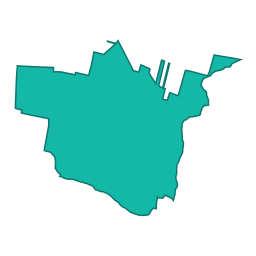 outline of Ciénega de Zimatlán, Oaxaca, Mexico
{"feature_id": "50627088B24953100637846", "entity_name": "Ciénega de Zimatlán", "entity_type": "district", "adm_level": 2, "iso_a3": "MEX", "parent_name": "Mexico", "parent_adm1": "Oaxaca", "projection": "orthographic", "projection_center": [-96.761, 16.893], "detail": "fine", "context": "isolated", "style": "filled", "palette": "teal", "viewbox_px": 256, "rotation_deg": 0, "n_neighbors": 0, "source": "geoboundaries", "source_scale": "gbopen_adm2", "svg_char_len": 3497}
<svg xmlns="http://www.w3.org/2000/svg" viewBox="0 0 256 256"><path d="M118.0,40.6L115.8,43.4L107.5,41.1L107.4,41.5L115.6,43.8L104.1,54.1L104.0,54.6L97.0,52.7L96.7,52.7L93.9,52.0L93.2,55.8L91.6,64.2L88.6,75.5L75.6,72.5L75.2,74.8L60.9,71.9L53.4,71.7L53.5,67.9L53.5,67.5L40.1,67.0L17.3,65.9L17.4,66.2L17.3,67.0L16.8,72.6L16.6,76.7L16.5,77.0L16.4,79.8L16.4,80.4L16.2,84.5L15.8,97.0L15.7,99.0L15.6,99.4L15.4,108.2L15.4,108.3L16.7,108.7L21.0,109.8L21.7,109.7L21.8,110.3L21.3,113.0L21.6,113.1L23.2,113.4L24.9,113.8L26.0,114.0L27.0,114.2L27.7,114.4L28.4,114.5L29.0,114.7L29.8,114.8L30.6,115.0L31.2,115.1L31.9,115.3L36.0,116.1L48.6,118.7L48.6,119.0L48.8,125.1L46.9,135.6L44.2,150.3L45.4,151.0L50.6,152.2L54.9,157.1L55.6,162.4L55.2,168.1L58.1,172.6L60.8,174.8L59.7,176.4L61.1,176.6L62.3,177.1L63.5,177.9L65.9,178.8L67.5,179.0L69.4,179.1L71.5,179.1L73.8,179.5L75.3,180.1L77.8,181.0L80.9,182.0L82.8,182.3L84.5,183.0L87.1,183.5L88.9,184.6L91.6,185.4L92.7,186.1L93.5,187.1L94.1,187.8L94.5,188.4L95.0,189.3L95.6,189.9L97.7,190.2L98.4,190.7L99.3,190.9L100.3,191.6L101.6,191.5L103.5,191.9L107.7,193.7L111.0,196.1L113.1,198.3L115.5,200.7L116.9,201.3L118.2,202.3L119.1,203.2L120.1,204.8L122.3,206.7L123.7,207.4L125.7,208.4L127.8,210.0L130.7,212.4L138.6,215.1L143.2,215.4L145.5,215.2L148.3,214.8L149.3,214.0L150.2,212.2L151.5,210.1L152.6,208.8L153.8,208.3L154.9,208.3L156.2,208.8L156.4,207.6L156.3,205.7L156.4,203.8L156.7,200.9L157.5,198.3L157.5,197.2L159.0,197.9L162.9,198.1L165.1,195.1L166.4,195.8L171.7,198.3L173.3,200.4L175.0,194.2L175.0,191.9L175.6,189.3L177.4,186.2L177.4,184.3L177.1,182.3L176.1,180.0L175.8,177.3L176.7,172.9L176.6,169.5L176.9,165.1L179.3,160.3L179.6,158.6L181.1,155.7L182.1,153.7L182.7,151.8L182.7,149.3L183.2,146.4L183.5,143.6L183.2,141.9L182.4,139.8L181.9,131.5L181.9,130.9L181.9,130.5L181.8,129.4L181.9,128.8L181.8,128.3L181.8,127.7L181.9,127.2L182.0,126.7L182.1,126.3L182.0,125.7L182.0,125.2L182.0,124.7L182.1,124.3L182.3,123.7L182.4,123.2L182.6,122.7L182.9,122.3L183.2,121.8L183.5,121.3L183.8,120.8L184.4,120.4L184.6,120.1L186.0,119.9L186.6,119.4L186.9,119.1L187.3,118.7L187.8,118.3L188.4,117.9L188.9,117.6L188.8,116.9L191.6,116.9L193.1,116.7L193.9,116.4L195.0,116.3L196.6,116.1L197.2,115.9L198.0,115.5L199.5,115.3L200.0,114.9L200.2,114.4L200.4,113.9L200.5,113.4L200.6,112.9L200.7,112.3L200.9,111.6L201.1,110.9L201.4,110.3L201.7,109.6L201.5,108.9L201.6,108.7L202.0,108.3L202.2,107.8L202.5,107.3L203.2,106.9L203.9,106.1L204.3,105.7L204.8,105.1L205.9,105.6L207.2,105.3L208.2,105.1L208.5,105.1L208.4,99.9L206.8,95.7L206.4,91.9L203.4,89.2L201.0,85.1L202.3,80.5L204.1,78.2L210.6,75.7L211.9,73.6L213.6,72.4L215.8,71.1L216.8,70.9L218.0,70.7L219.3,70.5L220.1,70.2L221.0,70.0L221.5,69.9L223.1,69.1L223.7,68.9L224.7,67.4L227.0,67.0L229.5,67.0L230.5,66.5L232.0,63.6L240.6,59.6L237.3,59.0L236.4,58.8L214.1,55.0L209.4,71.9L208.4,73.7L208.0,75.4L207.9,75.8L200.3,73.9L199.4,73.6L190.0,71.2L189.7,71.1L185.5,70.3L185.4,70.4L178.2,95.7L169.7,92.7L167.4,100.2L163.2,99.4L162.6,99.2L165.2,88.8L163.5,88.1L163.6,87.9L169.7,63.5L169.3,63.5L169.1,63.5L168.9,63.4L168.7,63.3L162.7,87.7L162.6,87.9L158.6,86.0L158.7,85.7L164.5,61.3L164.5,61.1L161.6,60.2L155.7,83.6L150.7,75.8L149.1,72.9L150.0,69.0L149.6,68.8L149.1,68.5L148.6,68.3L147.8,68.0L147.4,67.7L147.0,67.6L146.6,67.4L146.1,67.1L145.8,67.0L145.3,66.8L144.9,66.6L144.5,66.4L143.7,66.0L143.3,65.8L143.0,65.7L142.5,65.5L142.1,65.4L141.7,65.3L140.8,64.9L138.9,72.0L133.8,70.8L133.5,70.8L118.0,40.6Z" fill="#14b8a6" stroke="#0f766e" stroke-width="1.5"/></svg>